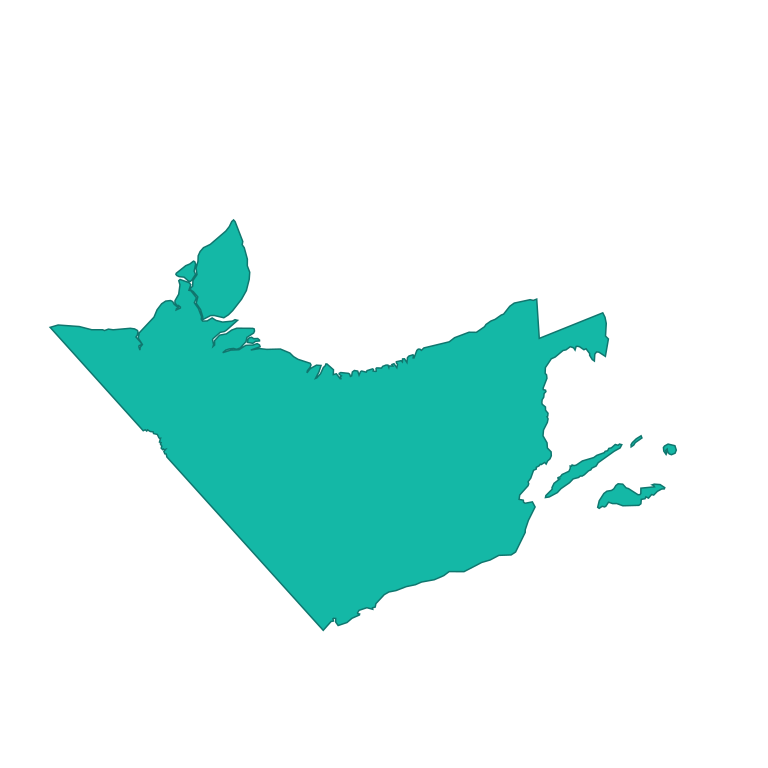 the Province of Papua, rotated 138°
{"feature_id": "IDN-558", "entity_name": "Papua", "entity_type": "Province", "adm_level": 1, "iso_a3": "IDN", "parent_name": "Indonesia", "parent_adm1": "", "projection": "mercator", "projection_center": [137.674, -4.867], "detail": "fine", "context": "isolated", "style": "filled", "palette": "teal", "viewbox_px": 768, "rotation_deg": 138, "n_neighbors": 0, "source": "natural_earth", "source_scale": "10m", "svg_char_len": 6178}
<svg xmlns="http://www.w3.org/2000/svg" viewBox="0 0 768 768"><g transform="rotate(138 384 384)"><path d="M594.0,241.6L594.2,475.1L592.7,477.6L593.6,478.8L592.7,481.2L590.2,481.6L591.2,482.0L591.4,483.3L592.4,483.3L592.5,485.4L590.7,486.5L590.3,489.1L588.9,489.6L589.7,491.1L586.3,493.2L587.2,493.7L587.2,494.8L586.2,498.2L588.4,501.4L587.6,502.9L589.5,505.1L590.4,508.2L591.8,507.8L592.1,509.8L594.2,510.4L594.2,649.5L586.7,645.9L572.0,630.6L564.9,619.9L556.8,612.6L555.9,610.7L552.1,609.2L549.0,605.5L535.3,595.2L532.5,591.9L531.4,588.7L532.0,587.4L534.6,585.4L536.9,584.9L537.0,576.5L538.4,575.5L540.2,576.4L541.3,575.7L542.7,572.5L540.7,574.4L537.1,575.0L535.9,582.6L531.6,585.8L510.2,587.6L503.0,591.0L495.6,592.4L490.8,591.7L486.8,588.9L485.9,586.7L486.6,584.0L486.2,580.7L484.6,578.5L487.7,578.9L488.9,578.1L484.5,576.7L483.8,577.4L484.2,580.0L485.4,580.9L484.9,584.4L483.5,585.8L476.5,588.1L469.3,594.2L467.4,598.1L465.6,598.1L461.1,589.9L461.1,587.1L466.3,584.2L465.1,582.5L465.7,573.6L470.6,571.3L471.4,564.3L474.6,556.0L476.5,554.4L476.7,552.1L473.2,549.2L467.5,548.1L466.3,543.7L462.5,538.0L454.6,532.2L451.7,531.5L450.2,529.3L465.0,529.4L467.5,529.8L471.2,532.0L480.7,532.1L481.8,531.7L484.3,527.3L485.9,526.3L483.8,526.3L480.9,529.6L474.7,530.2L473.3,530.2L467.6,526.7L461.1,526.0L456.1,524.0L444.3,513.2L443.6,511.8L444.8,510.0L446.8,509.1L454.7,510.4L458.3,507.8L466.7,507.0L470.3,508.4L472.0,511.1L475.5,513.6L478.8,515.1L482.9,515.2L475.2,511.7L468.8,506.5L460.8,505.2L455.1,500.5L451.2,498.9L450.4,496.3L451.1,494.6L460.3,498.4L452.8,493.6L448.0,488.2L437.6,479.3L433.2,470.0L432.9,464.9L431.4,459.9L425.0,448.8L425.5,447.0L427.6,445.9L432.1,445.1L433.8,443.8L428.7,444.8L421.6,443.2L418.4,439.9L424.3,436.5L431.2,434.0L430.0,433.5L424.3,434.1L418.1,436.8L415.2,436.9L413.9,437.8L413.0,437.1L412.0,428.4L415.4,424.9L412.6,423.5L413.0,417.2L412.4,416.8L411.8,418.5L410.2,418.5L410.8,421.2L410.2,421.9L408.5,421.5L403.3,415.7L402.9,414.2L403.9,412.1L402.6,411.7L399.5,414.1L397.0,413.9L394.9,411.2L396.6,407.3L393.1,408.9L391.9,408.6L389.3,404.7L387.6,405.3L382.4,402.9L382.1,401.9L383.4,400.9L382.0,399.1L381.2,398.7L379.5,400.9L378.6,400.8L375.2,397.5L373.2,398.0L369.8,396.7L368.4,395.4L369.3,393.1L368.1,394.0L365.4,391.4L365.1,393.2L363.0,392.4L363.6,387.5L360.7,389.6L360.7,391.4L359.9,392.3L355.7,389.9L355.6,388.1L353.4,390.2L351.9,389.0L352.6,384.6L348.9,387.9L346.7,388.1L342.9,386.3L343.1,385.2L344.9,384.0L344.3,383.3L337.1,387.0L335.2,387.0L334.0,385.9L333.7,384.0L330.2,384.1L307.3,371.7L300.6,371.2L286.2,365.6L280.8,360.6L271.0,359.3L268.4,360.0L262.5,359.3L258.2,357.7L250.7,356.8L248.4,355.9L238.5,357.6L233.1,357.0L219.0,348.9L217.1,346.2L213.7,344.9L238.1,314.0L173.8,290.5L175.1,285.7L178.3,280.3L187.3,271.4L187.1,267.3L201.0,256.4L203.0,263.9L204.6,265.6L207.4,265.1L212.3,260.3L212.9,262.8L212.0,267.7L210.8,269.0L210.3,275.0L212.5,275.7L213.8,281.0L215.3,282.9L216.2,283.3L219.3,281.4L218.9,284.0L220.6,287.1L225.9,287.6L228.5,289.1L238.8,289.5L242.8,290.8L253.1,288.2L257.1,284.1L257.1,282.0L259.1,279.2L268.4,274.5L269.4,273.3L268.1,271.3L268.8,270.0L271.4,269.8L274.1,267.3L277.0,266.5L279.3,264.4L280.0,263.0L279.4,258.9L281.5,256.4L281.7,252.5L283.8,250.6L284.7,250.7L285.4,248.3L288.4,246.1L296.2,243.1L300.5,239.1L302.2,231.2L305.4,227.1L305.2,221.8L307.7,218.7L310.7,217.3L313.9,217.3L317.1,216.0L317.1,218.2L321.0,218.9L321.6,219.8L323.4,219.4L326.6,220.2L327.8,218.9L330.6,219.8L338.0,215.8L342.4,214.9L343.2,213.0L345.1,212.0L357.4,210.7L360.8,207.9L358.2,204.4L359.4,202.8L359.0,201.0L352.6,197.1L354.0,191.5L368.0,186.0L376.5,181.2L378.4,179.2L398.6,171.1L403.9,171.9L413.3,179.8L422.9,182.2L430.8,186.0L450.1,191.0L461.1,201.0L467.8,201.6L477.6,204.9L488.6,211.7L494.9,213.8L503.0,218.5L513.2,222.4L519.6,226.2L524.8,227.3L537.0,226.2L539.8,224.1L542.3,225.4L543.1,224.1L546.4,229.2L554.0,232.5L556.9,231.6L557.2,230.9L556.0,229.4L556.8,228.8L564.5,231.3L571.1,231.5L579.7,235.2L579.2,239.3L576.8,242.1L578.4,243.7L579.1,243.7L580.1,241.6L582.2,242.9L594.0,241.6ZM467.1,550.9L475.6,553.1L473.7,555.3L470.5,562.1L469.5,569.7L464.1,573.3L463.9,580.2L465.0,584.5L460.7,584.8L456.7,588.8L449.8,590.4L446.2,595.8L440.2,599.6L436.3,603.6L432.0,605.5L426.9,606.1L419.7,604.0L399.2,603.5L393.6,604.5L388.5,606.6L386.0,606.6L386.0,604.3L393.6,584.4L396.2,582.4L396.7,578.7L402.0,568.2L406.5,563.3L409.0,556.9L414.1,552.0L423.8,545.5L433.2,542.3L447.3,539.8L453.3,539.5L458.7,540.4L464.4,548.6L467.1,550.9ZM307.3,147.6L307.7,149.4L302.2,153.2L293.9,155.5L290.1,155.2L286.2,152.7L283.4,152.3L279.6,153.4L276.8,153.2L273.6,149.8L273.6,144.8L272.3,142.7L269.3,131.7L267.8,130.5L266.4,130.8L262.8,134.7L251.8,126.6L251.5,128.0L252.2,129.6L250.2,128.8L246.1,124.5L244.7,119.1L245.9,118.5L248.0,120.2L252.7,121.3L257.9,121.0L259.1,122.8L263.8,122.2L264.9,124.9L266.8,124.1L270.0,126.1L273.2,123.1L275.8,123.3L288.0,133.7L291.1,139.5L294.1,142.1L296.2,145.9L301.0,144.7L302.4,145.1L303.7,147.1L307.3,147.6ZM336.8,189.5L340.0,191.6L338.3,192.8L329.4,193.3L328.5,194.6L324.1,196.4L317.1,195.9L318.0,197.2L317.4,198.0L315.0,197.1L312.2,197.6L305.0,195.4L302.0,196.7L300.5,198.5L299.7,197.4L298.4,198.0L297.4,196.2L295.4,195.1L288.1,194.1L277.4,189.0L273.6,188.6L266.3,185.6L264.7,186.0L262.5,184.8L260.0,185.7L257.8,184.4L252.6,184.3L251.0,181.8L249.2,181.8L247.9,179.8L251.3,178.5L257.9,180.0L277.5,182.2L281.3,181.1L285.9,182.4L287.7,181.8L290.1,182.6L295.8,182.5L298.4,183.0L299.7,184.3L301.9,184.3L306.9,186.9L312.2,186.5L322.5,187.8L327.8,187.3L336.8,189.5ZM464.5,601.0L465.4,603.3L465.3,604.7L464.3,605.3L452.2,604.6L447.9,603.1L443.4,602.8L442.8,601.6L443.8,599.1L449.6,594.9L450.7,591.6L457.5,589.7L459.5,589.9L460.4,591.4L461.1,597.2L464.5,601.0ZM221.5,142.9L221.0,146.9L218.9,149.8L217.0,150.2L213.1,149.3L209.1,143.5L211.0,139.3L214.0,137.8L217.7,139.1L218.8,141.2L218.5,144.0L217.1,146.2L219.2,146.1L220.2,143.5L221.5,142.9ZM454.2,502.0L457.7,506.2L455.1,508.3L453.2,508.4L451.1,507.3L450.5,504.9L447.4,502.3L447.1,499.9L447.7,499.3L450.9,501.7L454.2,502.0ZM239.4,171.5L242.4,171.9L241.0,173.6L238.7,174.3L233.2,174.5L227.6,173.5L228.4,171.3L236.5,172.3L239.4,171.5Z" fill="#14b8a6" stroke="#0f766e" stroke-width="1.5"/></g></svg>